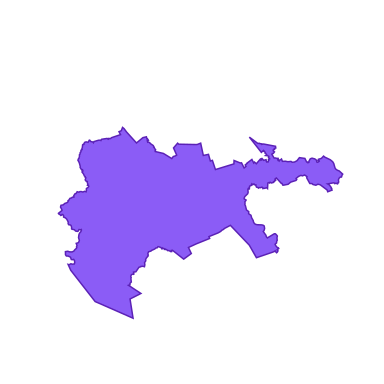 the district of Acaponeta, Nayarit, Mexico, rotated 154°
{"feature_id": "50627088B8986621841937", "entity_name": "Acaponeta", "entity_type": "district", "adm_level": 2, "iso_a3": "MEX", "parent_name": "Mexico", "parent_adm1": "Nayarit", "projection": "orthographic", "projection_center": [-105.305, 22.461], "detail": "fine", "context": "isolated", "style": "filled", "palette": "violet", "viewbox_px": 384, "rotation_deg": 154, "n_neighbors": 0, "source": "geoboundaries", "source_scale": "gbopen_adm2", "svg_char_len": 6090}
<svg xmlns="http://www.w3.org/2000/svg" viewBox="0 0 384 384"><g transform="rotate(154 192 192)"><path d="M300.3,104.4L294.6,123.0L282.4,123.2L290.0,136.0L288.4,135.8L287.8,137.1L286.0,137.7L284.9,140.9L284.1,141.9L284.2,142.7L283.8,143.3L282.7,144.2L281.4,144.2L280.6,143.6L280.2,143.7L279.7,145.6L277.4,144.9L272.7,147.6L270.9,147.3L270.7,147.5L268.7,146.8L267.5,145.7L266.3,147.2L265.6,149.3L263.7,150.4L263.4,151.5L262.1,152.6L259.4,153.8L259.5,154.2L258.9,154.8L258.7,156.0L257.3,157.3L254.8,156.9L253.9,157.2L250.5,157.1L249.0,157.5L247.8,157.1L246.5,157.8L245.7,157.2L244.2,155.6L244.0,154.2L243.0,154.5L243.0,153.8L242.3,153.7L241.6,153.0L241.8,152.5L241.1,152.4L241.1,152.0L240.1,151.4L239.6,150.0L238.4,149.5L237.1,147.6L236.4,147.4L236.1,148.5L235.1,148.2L228.9,135.3L219.6,137.0L219.5,143.7L210.8,143.5L196.5,142.5L196.3,144.5L186.5,143.8L183.3,144.0L182.3,144.5L179.8,144.6L179.1,145.0L172.1,145.2L163.8,119.1L162.9,104.7L145.4,102.5L143.2,102.6L143.5,102.1L143.0,101.6L142.6,100.3L141.8,100.5L140.4,101.4L140.2,101.2L140.9,102.7L138.8,103.2L138.9,104.1L139.5,104.3L140.2,106.8L140.3,108.4L139.9,108.8L138.4,109.1L137.4,110.7L136.6,111.2L135.7,113.6L134.6,115.0L134.7,115.8L135.3,117.8L136.3,118.4L144.4,117.7L144.8,119.3L144.5,120.7L145.3,125.2L143.9,126.0L142.7,127.4L142.0,129.8L142.4,130.7L143.6,131.8L147.7,134.0L149.1,135.1L149.7,136.4L149.9,137.8L149.5,139.6L149.7,142.7L149.2,145.2L150.6,147.7L149.6,149.5L150.9,152.0L150.0,156.2L150.0,157.6L149.5,158.2L148.6,160.2L147.2,160.7L146.9,161.2L148.1,162.8L147.9,163.5L146.6,164.7L142.7,166.0L141.7,167.1L140.6,169.9L139.8,170.5L139.5,169.7L139.1,169.6L137.7,172.0L135.8,171.9L135.4,172.6L134.6,173.1L134.3,171.9L132.8,172.1L132.4,170.8L131.5,170.4L131.8,169.9L131.9,168.1L130.7,167.1L130.6,166.4L129.6,166.5L128.7,165.9L127.2,165.7L126.7,165.3L126.7,163.9L125.9,164.0L125.3,163.5L123.0,163.1L122.6,162.0L119.9,166.8L118.4,166.7L118.3,166.1L117.3,166.3L116.7,165.3L114.8,164.9L113.7,165.2L113.8,165.5L113.0,165.4L112.7,165.9L111.8,165.9L112.0,166.6L111.7,167.2L110.9,167.1L110.9,167.5L110.0,167.6L108.0,160.7L107.4,160.3L107.4,158.4L106.7,158.0L102.2,156.8L99.0,157.6L93.5,156.8L92.4,157.3L92.5,158.6L89.3,159.3L86.8,159.2L85.7,158.1L83.3,157.9L81.9,155.4L82.7,154.4L82.4,148.0L80.4,146.9L80.0,145.7L77.7,143.8L75.4,143.8L73.6,142.3L69.7,134.6L69.9,132.7L65.3,132.3L65.2,134.0L64.9,134.0L65.0,136.0L65.7,138.7L66.5,139.8L60.4,138.1L60.0,136.9L59.0,136.9L57.7,135.6L57.3,136.3L56.4,136.0L56.1,136.3L55.7,136.8L55.1,138.7L53.8,139.9L52.1,140.4L51.1,139.9L49.6,141.5L48.7,142.0L50.5,146.5L51.7,147.7L52.8,149.7L52.9,151.0L52.1,155.5L52.3,157.6L53.6,160.4L57.4,165.2L58.0,166.6L61.0,165.5L64.1,166.0L64.7,165.2L64.0,164.4L64.1,163.9L66.0,163.6L66.7,164.3L66.2,165.7L66.5,166.9L67.2,168.0L69.3,169.8L71.1,170.0L73.3,168.5L74.0,167.4L75.0,167.5L75.0,168.3L75.8,168.7L75.8,172.7L80.4,175.8L83.9,174.1L86.8,174.0L88.9,174.8L89.6,176.1L92.6,177.2L94.5,178.7L97.3,179.9L97.1,182.4L98.5,182.1L99.5,182.4L99.9,181.9L100.0,182.3L100.5,182.3L100.0,183.9L100.7,183.6L100.5,184.8L101.4,185.3L101.9,185.9L103.3,186.5L103.7,190.9L102.9,191.3L102.0,191.0L100.3,191.9L100.9,193.2L100.7,194.1L99.0,194.2L98.9,195.0L97.4,194.8L96.9,196.5L106.7,203.8L108.3,204.2L108.1,204.6L109.9,205.8L109.9,206.1L111.6,206.9L116.4,216.2L112.3,197.2L109.7,198.0L109.7,197.2L109.2,197.2L109.0,196.3L108.9,195.7L109.3,195.0L108.9,194.7L108.6,192.7L109.8,192.5L108.1,191.4L107.3,190.4L108.1,189.7L107.7,187.8L109.0,187.8L109.2,186.6L110.1,186.3L110.3,185.7L111.7,186.2L111.8,186.8L111.3,188.6L113.7,189.0L114.4,191.5L115.4,191.6L115.2,190.4L116.2,190.3L116.4,191.5L121.8,189.2L122.7,191.5L123.8,191.0L123.9,195.0L130.0,193.8L130.0,193.5L132.3,193.0L132.3,191.3L134.6,190.8L134.7,196.5L135.3,196.6L136.4,197.5L140.4,201.9L142.0,198.9L161.1,201.9L159.8,211.5L161.9,211.8L160.7,218.6L165.8,219.9L162.8,232.1L166.4,232.4L167.4,232.8L183.0,240.8L183.5,242.2L189.3,239.7L189.6,231.9L190.9,231.7L193.3,232.1L195.5,230.9L200.8,239.2L207.3,244.5L206.9,245.5L206.2,245.8L206.7,248.9L206.4,248.9L206.5,250.8L208.3,254.0L208.3,254.7L209.3,256.1L210.0,256.2L209.7,257.7L208.5,257.6L208.7,259.3L209.2,259.4L208.8,261.6L212.3,262.4L220.4,260.4L224.5,274.6L225.3,278.8L226.1,280.5L228.7,278.1L231.2,278.2L231.1,274.9L240.4,276.1L241.9,275.8L243.7,276.8L244.1,276.8L243.9,276.3L244.1,275.5L244.2,276.3L244.9,277.4L250.1,279.0L251.3,278.2L251.5,278.7L253.3,279.5L258.0,280.3L259.0,279.5L259.2,280.4L260.9,281.8L261.2,283.4L261.6,283.6L263.6,282.2L265.1,283.4L266.4,283.7L267.8,283.0L268.3,282.2L269.1,282.5L269.6,282.4L271.1,280.0L272.2,278.9L272.2,278.3L273.5,278.2L274.2,276.8L275.2,276.5L275.9,275.3L276.9,274.8L277.5,273.4L278.9,271.8L279.3,271.8L280.6,270.6L280.5,267.8L281.2,264.0L281.8,263.1L281.6,260.9L280.9,260.3L281.4,260.1L281.3,259.1L280.9,258.7L282.1,258.2L281.6,255.8L281.7,253.5L281.2,252.6L281.6,252.0L281.2,251.3L282.7,249.7L282.4,248.1L281.5,247.3L282.0,246.6L282.1,244.9L283.0,243.9L282.2,243.4L282.4,242.2L283.6,241.6L284.6,241.6L285.6,241.2L286.2,239.6L287.1,238.6L288.2,239.7L290.1,239.8L291.4,241.0L292.6,241.5L293.7,241.4L295.1,242.6L296.8,241.5L297.9,241.7L299.8,240.6L300.4,239.2L301.8,239.8L302.9,239.5L304.5,239.8L306.3,238.7L307.2,238.6L307.6,237.6L309.1,237.2L311.4,237.5L313.4,236.9L315.6,237.5L316.8,236.1L316.7,233.3L317.0,232.4L321.4,231.4L321.4,230.7L320.7,229.9L320.2,228.4L319.2,228.4L318.7,228.8L318.0,228.4L317.8,227.0L318.4,225.7L317.1,224.2L316.5,222.5L316.4,219.3L317.2,217.9L317.2,216.7L315.6,215.5L315.4,214.8L315.7,213.0L316.4,211.7L316.3,211.3L314.2,209.6L313.8,208.0L312.3,206.8L311.6,206.7L310.0,207.8L308.4,206.7L308.0,206.8L308.0,206.3L309.4,205.0L311.2,204.3L312.5,203.0L314.0,200.7L314.5,197.8L315.8,196.6L316.7,196.3L318.6,196.6L318.8,194.3L319.9,193.3L319.9,192.6L320.7,192.0L322.6,191.5L324.1,190.7L326.0,190.7L328.2,191.8L329.6,193.2L331.9,193.9L333.2,191.1L333.1,189.9L332.8,189.4L331.4,188.7L329.8,186.7L330.1,184.2L329.0,183.5L327.9,183.3L327.7,181.7L328.4,179.9L329.3,178.9L331.3,179.6L332.3,180.6L334.3,180.5L335.1,181.2L335.3,174.8L327.1,136.0L300.3,104.4Z" fill="#8b5cf6" stroke="#5b21b6" stroke-width="1.5"/></g></svg>